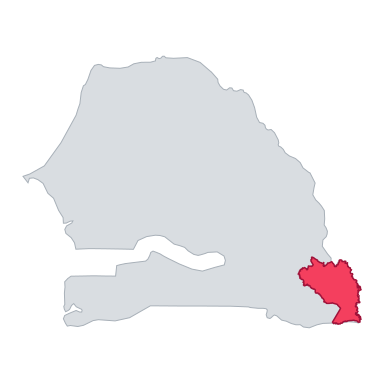 Saraya, Kédougou, Senegal shown in context
{"feature_id": "50182788B8770711358016", "entity_name": "Saraya", "entity_type": "district", "adm_level": 2, "iso_a3": "SEN", "parent_name": "Senegal", "parent_adm1": "Kédougou", "projection": "robinson", "projection_center": [-11.845, 12.924], "detail": "fine", "context": "in_parent", "style": "filled", "palette": "rose", "viewbox_px": 384, "rotation_deg": 0, "n_neighbors": 0, "source": "geoboundaries", "source_scale": "gbopen_adm2", "svg_char_len": 8797}
<svg xmlns="http://www.w3.org/2000/svg" viewBox="0 0 384 384"><path d="M310.0,172.9L315.1,183.0L314.0,187.8L312.8,194.8L315.7,199.9L319.1,203.2L321.6,206.3L324.3,210.5L324.7,218.9L324.2,225.0L326.0,227.7L327.4,231.2L327.1,234.1L326.2,236.7L322.9,240.0L322.3,246.3L327.6,254.0L331.1,258.1L331.0,260.5L332.0,263.1L334.5,266.1L336.0,265.4L337.8,262.9L338.5,261.2L343.1,262.0L345.3,262.8L348.2,267.7L349.3,271.1L350.0,275.2L353.0,280.4L355.7,284.1L356.3,286.4L358.6,289.5L357.2,296.3L357.3,299.9L355.7,309.1L355.4,313.5L355.5,315.1L359.1,318.4L358.7,323.0L355.0,322.2L348.6,321.7L335.8,324.1L331.4,323.1L323.0,323.4L317.0,324.8L309.3,327.8L303.4,327.0L300.2,324.7L296.0,324.8L291.3,323.5L286.3,321.2L281.6,320.1L276.7,315.8L274.3,315.0L272.7,316.2L271.3,317.6L269.9,318.5L267.2,317.7L266.2,314.8L267.0,312.0L267.3,309.9L266.0,308.7L263.0,308.3L258.1,308.3L250.2,307.5L248.4,306.9L230.7,306.2L212.3,306.1L196.7,306.0L177.1,306.0L163.3,305.9L150.4,305.8L140.4,311.5L129.6,317.7L115.1,320.9L98.4,319.7L93.1,320.6L87.6,323.3L83.5,325.3L77.8,326.5L70.3,325.5L67.3,326.1L65.5,323.3L63.4,318.8L64.7,315.5L69.3,313.3L76.1,310.5L79.6,312.0L81.7,312.0L82.1,310.2L81.5,309.3L76.3,306.8L73.7,303.6L71.5,305.5L69.6,309.4L68.0,310.6L65.6,311.7L64.3,309.0L63.8,306.4L64.8,304.4L64.4,293.1L65.0,287.1L64.7,281.8L67.9,278.4L71.0,276.2L82.9,276.0L94.0,275.8L104.7,276.0L115.6,276.1L116.7,265.6L120.1,264.7L125.3,263.6L134.9,262.4L145.6,261.1L147.9,259.1L149.7,255.6L150.8,252.4L153.0,251.1L156.0,252.2L159.9,253.8L164.0,256.3L168.6,258.7L171.7,260.2L179.2,263.9L191.9,269.1L202.4,271.1L215.1,267.3L224.3,264.9L225.4,260.4L224.0,256.0L217.2,251.9L207.9,252.4L205.1,253.5L200.7,254.8L198.1,255.4L193.8,254.4L188.2,250.9L184.7,247.4L179.9,245.7L174.1,244.1L164.8,236.8L160.0,235.5L155.4,235.2L146.6,236.6L138.0,240.5L133.4,249.3L124.8,249.1L106.5,248.8L89.7,248.6L75.9,249.2L74.5,242.8L71.2,237.7L65.9,233.4L64.8,229.4L66.6,225.9L71.8,223.0L72.9,220.9L70.2,221.2L66.2,223.1L63.4,223.2L63.1,217.6L58.6,210.4L53.6,198.3L47.9,193.3L43.1,183.4L38.0,179.7L33.4,177.9L29.4,178.3L28.0,182.8L23.0,176.3L29.8,174.0L44.3,165.9L61.0,142.7L76.1,115.2L78.1,108.7L79.9,103.7L81.2,92.5L83.4,85.8L85.4,84.5L87.9,79.4L91.0,70.4L94.5,65.4L98.3,64.4L101.3,64.9L103.5,66.7L109.7,67.9L120.1,68.3L128.1,67.0L133.8,63.8L141.3,62.3L150.5,62.2L155.4,60.9L155.9,58.3L157.1,57.5L159.0,58.6L160.8,58.2L162.5,56.3L164.2,56.2L165.9,57.8L173.6,58.3L187.4,57.6L200.1,62.4L211.7,72.4L217.7,79.2L218.1,82.5L220.0,85.9L223.5,89.3L226.7,90.0L229.6,87.8L231.9,88.0L233.5,90.7L236.9,91.2L240.6,89.6L243.2,90.1L243.7,91.7L244.3,92.5L246.1,92.9L248.5,94.9L251.9,100.2L254.6,107.7L256.7,117.3L259.5,122.5L263.0,123.3L265.0,125.3L265.4,127.6L266.4,129.1L268.1,130.0L271.1,129.5L274.5,132.7L278.2,139.8L278.8,142.9L278.2,144.6L278.5,145.9L280.9,147.1L283.3,149.4L285.2,152.8L289.3,155.9L295.6,158.6L300.2,162.6L303.0,167.9L308.8,172.4L310.0,172.9Z" fill="#d9dde1" stroke="#a8b0b8" stroke-width="1"/><path d="M312.0,257.1L311.6,257.4L311.7,257.8L311.7,258.4L311.6,259.3L311.3,259.4L310.9,260.0L311.1,260.5L311.0,261.1L312.7,264.0L313.2,264.7L312.6,265.7L312.1,266.1L311.5,266.1L311.3,266.4L310.4,266.1L309.5,266.2L308.5,266.0L308.3,266.3L308.2,267.6L308.0,268.0L307.5,268.5L307.6,269.4L307.5,269.5L307.1,269.7L306.8,269.7L306.1,268.6L305.7,268.4L304.7,267.6L304.3,267.6L303.1,268.3L302.5,268.0L302.3,268.5L302.2,268.8L301.8,268.9L301.8,269.1L301.6,269.0L301.3,269.1L301.2,269.4L300.9,269.4L300.8,269.6L300.7,269.6L300.3,269.9L300.3,270.2L300.1,270.2L300.0,270.7L300.1,270.9L299.8,270.9L299.7,271.2L299.4,271.3L299.0,272.9L298.6,273.2L298.6,273.4L298.6,273.6L298.4,273.7L298.3,274.0L298.8,274.1L299.0,274.4L299.4,274.4L299.4,274.6L299.3,274.9L299.7,275.2L299.5,275.8L299.8,275.9L300.0,276.5L299.8,277.1L300.1,277.4L300.0,277.8L300.3,277.8L300.5,277.9L300.3,278.5L301.1,279.0L301.8,279.5L302.2,279.4L302.9,279.7L303.6,280.6L303.5,281.3L303.7,281.6L303.4,282.0L303.7,282.0L303.6,282.4L303.8,282.9L303.9,283.6L303.8,283.9L304.1,284.3L304.0,284.5L303.6,284.5L303.5,285.0L304.3,285.8L304.5,285.8L305.3,285.6L305.9,285.1L306.4,285.2L306.5,285.2L306.6,284.6L307.2,284.2L307.4,284.4L307.7,285.1L308.1,285.1L308.3,285.5L308.7,285.4L308.8,285.7L309.3,285.6L309.6,285.7L310.0,285.9L310.1,286.0L310.1,286.3L310.2,286.8L310.5,287.0L310.7,287.5L311.2,287.7L311.2,287.9L311.6,288.3L311.8,288.4L312.9,288.5L313.1,288.7L313.1,289.0L313.3,289.1L314.1,289.1L314.6,289.2L315.3,290.0L315.2,291.6L315.3,292.1L315.6,292.9L316.4,293.0L316.5,293.1L317.7,293.0L318.2,293.3L318.5,293.9L319.3,293.9L319.7,294.3L320.2,295.0L320.2,295.4L320.3,295.5L320.7,295.5L321.3,296.6L321.6,296.9L321.7,297.2L321.7,297.3L322.0,297.6L322.0,297.9L322.5,298.0L322.8,298.4L323.2,298.6L323.4,298.9L323.5,299.4L323.8,299.5L324.0,299.9L324.1,300.7L324.3,300.9L324.5,301.3L323.9,301.7L324.0,301.9L324.5,301.9L325.2,302.4L325.4,302.3L326.0,302.6L326.5,303.3L326.9,303.4L329.0,303.4L331.0,303.1L331.5,303.2L332.0,303.0L332.2,302.8L332.7,303.1L336.7,304.2L337.5,304.6L337.9,305.5L338.4,305.9L340.2,307.8L340.5,308.2L339.8,309.8L332.5,322.1L332.8,322.5L333.2,323.0L333.5,323.2L333.6,323.5L333.8,323.5L334.5,323.0L335.5,323.1L335.6,323.3L335.9,323.0L336.1,322.9L336.5,323.2L336.5,323.5L336.8,323.4L337.6,323.6L338.0,324.2L338.4,324.1L338.9,323.9L339.9,323.9L340.2,323.9L340.7,323.2L340.9,323.1L341.6,323.2L341.9,323.2L342.3,322.9L342.8,322.2L343.2,322.0L343.4,321.7L344.0,321.5L344.5,321.4L345.5,321.1L346.0,321.5L346.6,321.3L347.1,321.3L347.7,320.8L350.4,320.5L350.7,320.6L353.8,320.2L354.0,320.2L354.6,320.6L355.1,320.6L355.7,320.8L356.2,320.7L356.5,320.9L357.0,321.0L357.8,321.6L357.9,322.0L358.2,322.1L359.3,322.2L359.5,322.1L359.9,322.0L360.0,321.1L359.8,320.9L359.6,320.6L359.6,320.2L359.5,319.9L359.9,319.7L360.1,319.8L360.4,319.5L360.4,319.2L360.8,319.2L360.7,318.9L360.8,318.7L360.6,318.4L360.3,318.2L360.6,317.4L360.3,316.5L360.1,316.4L359.8,316.5L359.6,317.3L359.7,317.9L359.6,318.0L359.4,318.0L359.0,317.5L359.3,316.3L359.2,315.6L358.4,315.4L358.7,315.0L358.8,314.7L358.7,314.6L358.1,314.5L357.8,314.3L357.6,314.4L357.5,314.8L357.5,315.5L356.6,315.2L356.6,314.3L356.3,313.9L356.0,314.0L355.8,314.3L355.5,314.0L355.9,312.8L356.9,312.9L357.1,312.8L357.9,311.4L357.4,310.8L356.9,310.5L356.7,310.1L356.9,309.6L357.4,309.3L357.6,309.0L357.6,308.5L357.3,308.4L357.3,307.5L356.8,306.8L356.4,306.9L355.7,306.8L355.5,306.6L355.4,306.1L355.5,305.9L355.8,305.7L356.0,305.5L356.0,304.3L356.4,304.7L356.7,304.6L356.6,303.6L356.7,302.7L358.2,302.6L358.9,302.8L359.6,302.6L359.8,302.2L359.1,302.0L358.9,301.7L359.2,301.3L359.1,300.9L358.7,300.3L358.3,300.2L358.1,300.0L358.2,299.8L358.9,299.6L359.0,298.0L358.6,297.5L358.9,296.4L358.5,296.6L357.9,296.6L357.9,295.8L357.5,295.3L357.6,295.1L358.2,294.7L358.3,294.3L357.9,293.9L357.8,293.4L358.0,292.6L358.7,291.7L358.7,291.4L358.2,291.4L358.0,291.2L357.9,290.8L358.2,290.1L358.5,290.0L358.6,290.5L359.2,290.3L360.0,290.2L360.8,289.9L361.0,289.4L360.5,288.7L360.4,288.3L360.4,287.1L359.9,286.4L359.5,286.2L359.0,286.3L359.1,287.3L358.9,287.9L358.5,288.0L358.3,287.7L357.9,287.4L357.7,287.7L357.4,287.7L357.4,287.4L357.7,286.9L357.2,286.3L357.2,285.9L357.4,285.7L358.2,285.6L358.3,285.4L358.1,284.9L357.3,284.6L357.5,283.6L357.0,283.3L356.6,282.7L356.1,282.3L356.2,281.8L356.7,281.3L356.7,280.6L356.2,280.3L355.8,279.8L354.3,279.8L353.9,279.6L353.7,278.9L352.9,278.4L352.7,277.2L352.5,276.8L351.8,276.7L351.6,276.1L351.7,275.9L352.3,275.2L352.7,274.3L352.6,274.0L352.3,273.6L350.7,273.5L350.4,273.0L350.3,272.6L350.4,271.2L351.2,270.3L351.4,269.8L350.7,269.4L350.4,268.8L350.3,268.6L350.3,268.2L350.3,267.9L348.9,267.5L348.4,266.7L347.7,266.5L347.8,265.7L347.4,264.7L347.4,263.2L347.4,262.9L347.1,263.0L346.7,263.2L346.1,263.3L345.2,263.2L345.1,262.9L345.7,262.1L345.8,261.8L345.7,261.3L345.1,261.2L344.5,261.2L343.5,261.6L342.8,261.5L342.2,261.6L342.0,261.4L342.0,260.7L341.6,260.1L340.1,259.9L339.5,260.1L339.2,260.4L339.4,261.6L339.0,262.0L338.9,262.5L338.4,263.0L338.0,264.7L337.9,264.8L337.1,264.8L336.8,265.0L336.6,265.3L336.5,266.1L336.4,266.4L334.8,266.6L334.5,266.4L334.4,266.2L334.7,265.6L334.6,265.2L334.1,265.0L333.6,263.9L332.8,263.3L332.3,262.2L331.7,262.0L331.4,261.8L330.9,262.0L330.5,262.4L329.9,262.6L329.3,262.7L329.1,262.9L328.7,263.1L328.1,263.0L327.7,263.0L327.4,263.5L327.3,263.9L326.8,264.5L326.5,264.7L326.1,265.2L325.8,265.3L325.6,265.5L325.0,265.5L324.6,266.3L324.3,266.4L323.6,266.3L323.6,265.7L323.3,265.4L323.6,265.0L323.8,264.5L323.6,264.1L323.6,263.6L323.7,263.0L323.8,262.7L323.7,262.6L323.0,263.2L322.6,263.3L322.4,263.5L322.2,263.5L321.9,263.2L321.6,263.1L321.3,262.8L320.6,262.6L320.3,262.6L319.9,262.4L319.4,262.4L319.1,261.9L318.5,261.4L318.0,261.3L317.7,261.0L317.5,260.7L317.4,260.1L317.1,259.9L316.3,259.6L314.5,258.5L314.3,258.2L313.1,257.5L312.9,257.6L312.3,257.2L312.0,257.1Z" fill="#f43f5e" stroke="#9f1239" stroke-width="1.5"/></svg>